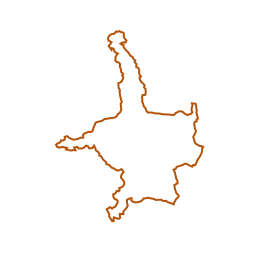 the district of Marilândia do Sul, Paraná, Brazil, rotated 329°
{"feature_id": "56859067B82853827773074", "entity_name": "Marilândia do Sul", "entity_type": "district", "adm_level": 2, "iso_a3": "BRA", "parent_name": "Brazil", "parent_adm1": "Paraná", "projection": "natural_earth1", "projection_center": [-51.292, -23.743], "detail": "fine", "context": "isolated", "style": "outline", "palette": "amber", "viewbox_px": 256, "rotation_deg": 329, "n_neighbors": 0, "source": "geoboundaries", "source_scale": "gbopen_adm2", "svg_char_len": 3998}
<svg xmlns="http://www.w3.org/2000/svg" viewBox="0 0 256 256"><g transform="rotate(329 128 128)"><path d="M154.0,60.6L151.9,63.5L152.3,65.6L153.7,66.9L154.1,69.2L152.6,71.2L152.4,72.8L151.9,74.7L151.0,76.4L151.7,79.3L150.1,79.8L150.3,81.6L149.1,83.2L147.4,84.3L145.6,85.1L142.7,84.6L141.8,86.5L140.6,88.9L140.5,91.5L139.3,93.0L138.2,95.4L137.5,97.4L136.6,100.5L136.1,102.5L134.2,103.5L132.8,106.3L132.0,108.4L129.6,110.4L128.2,110.8L126.4,110.9L124.5,112.1L122.2,112.3L118.8,110.9L112.4,108.2L109.3,108.5L107.5,107.9L106.2,107.5L104.0,106.9L102.5,106.9L101.5,108.1L99.9,108.9L98.1,110.5L95.9,112.4L93.9,112.3L92.6,111.1L91.0,110.8L89.4,110.6L87.5,110.2L85.6,111.0L84.7,113.2L83.4,112.7L82.1,111.7L80.6,111.8L78.3,111.2L75.3,110.0L73.5,107.7L72.3,105.6L71.5,103.5L69.1,103.1L68.2,105.0L66.3,105.5L64.1,104.1L62.9,105.3L61.5,105.3L60.1,104.9L57.7,105.3L57.5,107.9L59.5,109.8L62.0,110.3L63.4,111.8L65.5,113.6L63.8,114.5L65.4,116.0L67.6,118.0L69.2,118.5L71.5,120.0L71.8,117.0L73.5,117.7L75.0,118.2L75.0,120.0L78.3,122.0L80.6,122.1L83.0,121.5L84.3,123.1L84.2,125.5L85.8,126.2L87.2,126.9L88.4,126.2L89.8,125.6L89.7,128.2L88.9,130.5L90.2,133.5L90.3,135.1L89.2,136.9L90.3,138.2L90.4,139.9L90.4,141.7L90.8,143.7L91.6,145.8L90.9,147.9L93.0,150.2L93.5,153.4L95.1,155.4L96.0,157.6L97.6,159.5L99.5,159.8L101.2,159.9L101.6,161.7L101.6,163.4L100.1,164.0L98.6,164.7L97.3,165.6L96.4,166.9L96.9,169.7L96.9,172.1L96.0,174.2L94.4,175.0L92.3,175.6L89.5,175.0L88.9,176.9L87.5,177.5L86.0,176.1L84.2,177.2L82.8,177.6L81.2,177.2L79.9,179.8L80.0,181.9L81.3,183.4L81.5,185.6L79.9,187.2L78.4,187.8L76.8,188.9L74.5,188.6L72.8,188.9L72.0,186.6L70.3,186.7L67.8,186.7L67.7,190.3L67.4,192.7L66.3,193.9L66.4,196.2L66.4,199.7L67.8,200.3L68.7,198.5L69.9,197.3L71.5,199.4L73.3,201.1L75.1,200.9L75.6,199.3L76.8,197.4L78.3,198.5L79.7,199.4L80.7,197.5L82.5,196.7L84.0,196.2L86.1,195.5L87.8,194.4L88.7,191.3L90.2,189.0L92.0,189.2L93.4,189.3L94.9,190.2L93.5,191.9L94.1,193.5L95.7,195.3L97.3,196.3L99.2,196.9L101.3,197.5L103.3,197.2L105.0,196.4L106.5,197.3L108.8,197.8L110.5,199.3L112.2,200.8L113.7,202.2L115.1,204.3L116.6,204.9L118.0,205.7L119.6,206.6L120.1,208.2L121.7,209.4L123.1,210.0L124.2,212.6L126.1,214.5L127.8,217.0L129.2,215.6L130.6,215.0L132.0,214.0L134.0,213.4L135.8,213.1L136.7,211.8L135.9,209.2L136.6,205.1L137.2,203.5L138.2,200.8L140.5,200.9L142.0,200.9L143.3,198.4L143.2,196.5L145.3,190.2L145.6,187.2L147.7,187.6L149.7,186.4L155.6,187.8L158.9,188.0L163.1,194.2L164.8,193.3L166.3,194.5L167.8,193.5L169.4,192.6L170.7,191.4L172.3,190.6L174.2,189.8L177.5,187.9L179.3,186.3L181.2,183.6L182.7,183.0L181.8,181.5L180.5,180.6L179.1,178.5L177.9,176.1L178.1,173.6L179.0,171.0L179.2,169.4L180.4,168.5L181.7,167.9L183.8,166.4L184.9,165.1L185.0,163.1L186.3,160.1L186.9,158.4L188.6,157.1L190.2,157.7L191.3,156.0L192.8,156.0L193.5,153.6L194.6,150.0L196.2,148.0L196.8,145.9L197.8,144.3L198.5,142.0L197.3,141.2L195.5,139.8L194.9,141.9L193.4,143.2L191.7,145.3L191.3,147.7L189.0,148.4L187.0,147.7L185.5,147.5L183.9,144.8L183.3,142.6L182.2,141.1L180.5,140.1L178.3,139.9L176.5,139.7L174.3,140.5L172.0,139.2L170.6,137.9L169.3,137.1L167.4,135.8L164.7,134.0L162.5,131.9L160.6,130.6L158.8,129.5L156.5,127.1L154.3,125.7L153.0,125.1L152.6,122.8L153.2,120.0L152.7,117.7L153.5,114.6L153.9,112.2L155.1,110.9L155.5,109.2L157.3,107.3L159.8,108.5L161.3,106.9L163.1,103.8L162.7,101.3L164.2,100.0L163.9,97.8L163.1,95.1L163.1,92.8L163.9,90.8L165.7,90.5L165.4,88.2L165.9,86.3L167.2,84.8L167.8,82.1L166.5,79.8L168.2,77.6L167.6,74.7L169.0,73.9L168.3,71.8L168.5,69.4L167.2,67.0L167.2,64.4L167.0,62.7L166.5,60.7L166.0,58.3L166.0,55.9L167.0,54.3L165.8,53.5L165.1,51.9L167.1,51.9L168.6,52.3L169.8,53.4L171.7,52.3L171.3,49.5L171.3,47.7L172.3,46.0L173.2,44.9L172.7,43.3L171.5,42.4L170.6,40.6L168.6,40.2L167.6,39.1L165.7,39.9L164.2,40.0L162.9,39.2L160.6,39.0L158.4,39.8L157.0,40.9L156.3,43.2L158.1,45.9L156.0,46.9L153.7,47.7L154.1,52.5L155.2,51.3L156.5,52.5L155.8,55.2L156.4,57.2L157.7,59.0L155.7,59.6L154.0,60.6Z" fill="none" stroke="#b45309" stroke-width="2"/></g></svg>